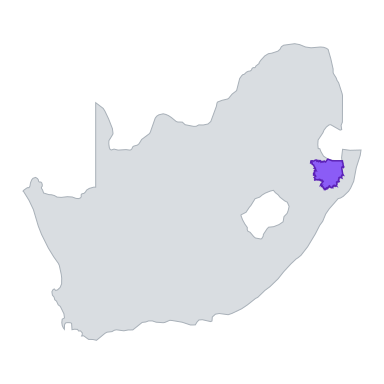 Zululand, KwaZulu-Natal, South Africa shown in context
{"feature_id": "47623444B26591670939926", "entity_name": "Zululand", "entity_type": "district", "adm_level": 2, "iso_a3": "ZAF", "parent_name": "South Africa", "parent_adm1": "KwaZulu-Natal", "projection": "mercator", "projection_center": [31.134, -27.898], "detail": "fine", "context": "in_parent", "style": "filled", "palette": "violet", "viewbox_px": 384, "rotation_deg": 0, "n_neighbors": 0, "source": "geoboundaries", "source_scale": "gbopen_adm2", "svg_char_len": 8145}
<svg xmlns="http://www.w3.org/2000/svg" viewBox="0 0 384 384"><path d="M283.7,45.2L294.7,43.7L299.6,44.6L305.5,47.0L311.1,47.8L320.5,47.0L323.7,47.3L326.2,48.2L328.1,49.4L330.8,58.8L333.1,69.0L333.1,72.3L333.4,73.5L336.1,77.8L337.1,80.5L338.6,82.7L342.1,93.6L342.5,95.5L342.4,122.1L341.1,125.4L341.7,129.6L340.1,130.1L330.7,124.7L329.1,124.9L326.4,127.0L324.0,130.1L322.9,132.8L318.1,140.0L317.8,144.6L318.2,148.6L319.8,148.7L320.9,151.6L323.5,156.1L327.8,159.0L331.8,160.3L337.5,160.7L341.9,160.6L341.6,157.5L342.6,149.3L350.0,150.3L361.0,150.0L360.2,155.4L356.3,167.6L353.7,181.3L350.5,188.3L348.6,191.2L343.3,196.3L340.5,198.0L338.2,198.6L329.1,209.0L325.7,214.0L322.7,221.3L319.7,225.4L315.3,234.0L307.6,246.8L301.0,255.3L298.1,257.7L296.2,258.9L291.0,263.8L283.7,271.7L278.1,278.8L269.8,286.8L264.9,290.4L257.7,297.4L255.6,298.4L247.4,304.9L241.6,308.8L232.0,313.4L228.2,314.7L219.2,313.5L215.4,314.2L212.3,317.0L212.0,321.0L210.7,321.6L202.3,319.7L198.9,320.0L196.9,322.2L195.3,324.9L190.5,325.0L182.1,322.2L172.1,320.5L169.8,320.3L164.9,322.4L163.2,322.7L156.2,322.2L152.3,320.9L148.6,320.9L145.7,322.0L142.2,322.4L132.8,329.9L128.0,330.0L123.8,330.8L116.4,329.8L114.2,330.3L112.0,331.6L107.0,332.2L105.0,333.3L96.5,340.3L93.0,339.5L88.6,339.4L83.6,335.8L81.6,336.0L82.2,334.9L82.3,332.9L80.5,330.9L78.6,331.0L77.5,329.4L74.5,329.2L72.0,329.7L71.6,323.4L70.4,322.7L67.4,322.6L65.9,322.8L65.2,323.4L64.5,324.9L64.4,329.3L63.4,328.0L62.2,325.4L61.8,322.5L62.2,319.2L64.5,317.9L63.9,313.7L60.3,306.4L58.2,304.8L56.5,301.1L54.8,299.8L54.1,297.2L52.4,295.1L51.9,291.8L52.8,289.9L54.2,288.9L55.7,290.5L57.5,289.9L60.1,287.5L61.6,283.9L61.7,278.2L61.3,274.6L59.3,265.4L58.3,263.3L53.7,256.8L48.3,248.0L41.5,234.3L38.3,226.1L33.4,209.6L29.0,200.3L23.7,191.7L23.0,191.1L23.9,190.1L26.7,188.1L28.0,187.5L28.7,187.8L29.4,187.2L30.0,185.9L30.5,182.8L31.8,179.7L33.0,178.3L35.6,177.4L37.5,178.6L38.3,179.8L38.6,181.3L39.4,182.1L40.8,182.0L41.8,183.0L42.3,184.9L42.2,186.3L41.4,187.2L41.5,188.4L42.5,189.8L43.6,193.0L48.8,194.6L51.7,194.8L54.5,195.6L57.1,197.1L61.3,197.4L67.3,196.7L72.2,197.0L76.0,198.4L78.8,198.6L80.6,197.8L81.3,196.5L81.1,194.9L81.9,193.8L83.9,193.4L85.4,192.1L86.6,190.1L89.3,188.4L93.6,187.2L95.7,187.2L95.7,102.7L103.2,108.4L104.9,111.1L108.6,118.9L112.4,128.6L113.0,133.3L112.8,134.3L108.9,140.7L108.8,143.8L109.3,147.6L110.1,149.4L111.3,150.0L114.0,149.1L118.1,150.1L126.0,149.6L129.9,150.1L130.9,149.8L131.8,149.0L132.8,146.8L133.8,146.1L137.4,145.1L139.0,143.8L141.7,139.4L149.5,133.6L150.3,132.2L155.2,118.2L156.7,116.2L158.9,114.8L163.2,113.8L165.7,114.4L168.5,115.6L171.5,117.6L176.1,121.4L177.7,122.0L182.3,122.1L185.1,124.7L193.7,126.4L196.2,126.3L198.8,124.9L203.2,125.0L208.0,124.0L210.8,121.5L216.4,106.3L217.0,103.0L217.6,102.0L222.1,100.3L227.6,99.0L228.7,98.3L232.1,94.1L236.6,90.6L239.7,78.5L241.7,75.7L243.0,74.5L243.8,74.5L244.9,73.7L246.4,72.2L248.2,71.3L250.2,71.0L251.5,70.0L252.1,68.4L253.2,67.6L254.7,67.7L255.5,67.1L255.8,66.1L259.1,63.5L259.2,62.5L261.1,59.9L264.8,55.9L268.4,53.7L271.7,53.2L277.8,51.2L280.0,49.3L281.4,46.7L283.7,45.2ZM273.6,226.7L279.0,224.6L283.1,221.8L284.0,216.6L287.1,213.4L288.2,210.5L289.1,206.4L287.3,202.2L284.7,200.9L280.1,197.3L278.1,194.8L275.4,192.7L273.4,190.3L270.2,191.1L265.3,193.1L262.3,194.9L259.7,197.1L255.1,198.7L250.8,205.6L249.4,207.2L246.0,212.3L241.1,214.8L241.0,215.7L242.6,219.9L244.9,224.1L247.3,227.5L247.2,229.6L247.9,231.2L250.1,232.3L253.7,236.6L255.4,238.0L260.9,239.0L261.7,238.7L263.2,236.2L263.4,234.4L267.0,228.9L268.6,227.2L273.6,226.7Z" fill="#d9dde1" stroke="#a8b0b8" stroke-width="1"/><path d="M314.0,175.1L314.3,175.2L314.5,175.1L314.8,175.1L314.9,175.3L315.2,175.4L315.2,175.5L315.3,175.5L315.5,175.7L315.5,175.9L315.7,176.2L315.7,176.3L315.4,176.3L314.2,177.5L314.6,177.9L314.9,178.6L315.1,178.9L315.4,179.1L315.2,179.1L314.6,179.9L314.7,180.1L314.8,180.1L315.2,179.9L315.5,179.9L315.8,179.7L316.1,179.7L316.5,179.7L316.8,179.7L317.0,179.7L317.0,179.8L317.4,179.8L317.5,179.9L317.9,180.0L318.2,179.7L318.3,179.7L318.4,179.8L318.6,179.6L318.8,179.7L319.0,179.6L319.3,179.6L319.4,179.4L319.6,179.5L319.7,179.8L319.8,179.9L319.8,180.0L319.7,180.0L319.8,180.2L320.0,180.2L320.1,180.3L320.4,180.6L320.8,180.6L321.0,180.7L320.9,180.3L321.0,180.0L321.6,180.6L322.1,180.3L322.4,181.1L322.6,181.0L323.2,181.3L322.7,182.1L322.2,182.7L321.0,184.0L320.6,185.1L321.4,184.6L321.5,186.2L322.1,185.8L322.0,186.1L322.0,186.4L322.1,186.5L322.4,186.5L322.6,186.6L322.6,186.8L322.8,186.9L322.7,187.0L323.3,187.5L323.5,187.7L323.5,187.9L323.5,188.1L323.8,188.2L323.9,188.3L323.7,188.3L323.7,188.5L323.9,188.5L324.0,188.3L324.3,188.4L324.5,188.6L324.6,188.8L324.4,188.9L324.3,189.0L324.5,189.1L324.9,189.2L324.9,189.3L325.3,189.4L325.5,189.4L325.4,189.5L325.5,189.5L325.4,189.6L325.5,189.6L325.7,189.3L326.0,189.2L326.0,188.6L326.4,188.7L326.5,188.7L326.1,188.3L326.7,187.8L326.8,187.9L327.3,187.5L327.9,188.0L328.4,187.4L328.5,187.6L329.0,187.2L328.9,187.0L329.0,186.7L328.9,186.4L329.0,186.2L329.3,186.0L329.4,185.8L329.6,185.9L330.6,187.4L331.3,187.8L332.0,187.6L332.6,187.7L332.3,186.8L332.7,186.5L332.8,186.5L332.9,186.8L333.1,186.8L333.3,186.4L333.6,186.2L333.3,186.0L333.2,185.8L333.2,185.7L333.3,185.6L333.6,185.6L333.7,185.8L333.8,185.7L334.1,185.4L334.2,185.5L334.5,185.8L334.5,185.7L334.5,185.4L334.7,185.5L334.7,186.0L335.1,186.2L335.3,186.1L335.3,185.9L335.5,185.7L335.9,186.1L336.1,186.0L336.2,185.8L336.4,185.9L336.2,185.6L336.6,185.3L336.6,185.1L336.7,184.6L336.9,184.0L337.0,184.0L337.0,183.9L337.0,183.7L336.6,183.0L336.6,182.0L337.3,181.8L337.4,182.1L337.5,182.1L337.7,181.9L338.0,181.7L338.3,181.6L338.4,181.8L338.8,181.7L338.9,181.8L339.0,181.7L338.7,181.4L338.6,181.2L338.8,181.1L338.5,180.9L338.4,180.5L338.7,180.2L338.5,179.9L338.7,179.5L338.9,179.3L338.8,179.2L339.0,178.8L338.9,178.7L339.1,178.5L339.1,178.3L339.1,178.2L339.0,177.6L339.3,177.4L339.6,177.3L340.2,177.5L340.4,177.4L340.6,177.5L340.6,177.4L340.8,177.4L341.1,177.3L341.2,177.5L341.3,177.5L341.2,177.6L341.6,177.8L341.5,177.6L341.6,177.4L341.7,177.1L341.6,176.9L341.7,176.7L341.4,176.1L341.5,176.0L341.7,175.9L341.8,175.7L341.8,175.4L341.8,175.2L342.0,175.1L342.3,175.2L342.6,175.0L342.8,175.1L343.0,175.0L343.3,175.1L342.7,174.0L341.7,167.8L341.8,167.7L341.9,167.2L342.3,167.3L342.5,166.9L342.7,167.0L342.9,167.2L343.0,167.2L343.5,167.1L343.6,167.3L343.8,167.0L343.6,166.3L343.4,166.0L343.3,165.7L343.2,165.4L343.1,165.1L343.0,164.5L343.1,164.1L342.8,162.8L342.7,162.4L342.6,162.1L342.4,162.0L342.5,161.8L342.5,161.6L342.5,161.4L342.5,161.1L342.4,160.8L332.3,160.8L327.8,159.1L326.4,160.8L325.6,162.0L325.1,161.9L324.3,161.3L324.2,161.1L323.9,161.3L323.5,161.3L323.2,161.4L323.1,161.7L322.9,161.5L322.7,161.6L322.6,161.8L322.4,161.6L322.2,161.8L321.7,161.8L321.4,162.0L321.3,161.8L321.0,162.0L321.0,161.8L320.9,161.7L320.6,161.1L320.6,160.9L320.6,160.7L320.4,160.6L319.9,160.7L319.6,160.8L319.4,160.7L319.4,160.9L319.4,161.2L319.3,161.3L319.2,161.3L319.3,161.4L319.0,161.5L318.7,161.6L318.7,161.4L318.4,161.4L318.2,161.3L318.3,161.2L318.2,161.2L318.3,161.1L318.2,161.0L318.0,160.9L317.9,160.9L317.8,160.7L317.6,160.8L317.8,160.9L317.8,161.0L317.5,161.0L317.4,160.9L317.3,160.7L317.2,160.5L317.1,160.4L316.9,160.6L316.9,160.4L316.6,160.4L316.5,160.2L316.4,160.2L316.2,160.0L315.2,160.2L313.7,161.0L313.2,161.1L312.9,161.0L312.4,160.8L311.9,160.7L311.4,160.9L311.2,161.0L310.9,161.0L310.8,161.8L311.0,161.6L311.3,161.5L311.3,161.4L311.5,161.4L311.6,161.8L311.5,162.1L311.9,162.5L311.5,163.0L311.8,163.0L312.2,163.4L312.1,164.1L312.3,164.4L312.8,164.6L313.7,165.1L313.8,165.8L314.2,166.3L314.3,166.5L314.8,167.4L314.5,168.0L314.3,168.2L315.4,168.4L315.2,169.7L315.5,169.7L315.5,169.9L315.6,170.0L315.8,170.0L315.9,170.4L315.9,170.7L316.0,170.8L315.9,170.8L315.6,170.8L315.3,170.9L315.2,170.9L315.0,170.7L314.7,170.8L314.5,170.6L314.3,170.8L314.3,171.1L314.5,171.4L314.6,171.5L314.6,171.8L314.6,172.3L314.2,172.6L314.0,172.8L313.9,172.9L313.8,173.3L313.7,173.4L313.8,173.5L313.7,173.5L313.7,173.8L313.8,173.8L313.7,173.9L313.7,174.1L313.6,174.4L313.6,174.6L313.6,174.8L313.6,175.1L313.8,175.1L314.0,175.1L314.0,175.1Z" fill="#8b5cf6" stroke="#5b21b6" stroke-width="1.5"/></svg>